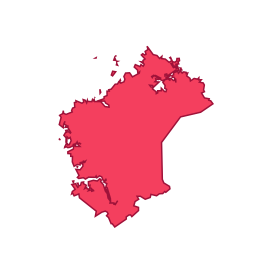 Huon Valley, Tasmania, Australia, rotated 136°
{"feature_id": "25037944B40163460524303", "entity_name": "Huon Valley", "entity_type": "district", "adm_level": 2, "iso_a3": "AUS", "parent_name": "Australia", "parent_adm1": "Tasmania", "projection": "robinson", "projection_center": [146.517, -43.294], "detail": "fine", "context": "isolated", "style": "filled", "palette": "rose", "viewbox_px": 256, "rotation_deg": 136, "n_neighbors": 0, "source": "geoboundaries", "source_scale": "gbopen_adm2", "svg_char_len": 5917}
<svg xmlns="http://www.w3.org/2000/svg" viewBox="0 0 256 256"><g transform="rotate(136 128 128)"><path d="M50.1,86.4L49.6,90.1L50.6,91.9L49.3,92.6L52.1,96.5L50.8,102.1L47.8,101.0L47.2,102.9L43.2,105.9L42.6,108.2L44.8,111.4L41.8,111.8L43.6,113.5L42.2,114.9L44.0,114.8L46.0,117.7L50.4,118.5L48.9,120.6L49.6,124.7L46.9,126.1L48.3,126.8L47.5,127.6L48.9,129.6L49.7,130.0L50.0,129.7L50.7,129.8L50.9,129.9L50.7,132.6L53.7,132.4L52.8,134.2L56.8,136.1L58.3,134.5L59.9,135.2L61.0,133.8L59.7,132.7L59.9,131.1L61.2,130.3L60.0,129.8L62.0,127.4L60.7,129.3L62.4,130.7L62.6,133.7L64.3,135.8L64.4,133.4L64.7,133.3L65.2,135.6L67.9,137.1L71.2,136.6L71.8,132.8L74.0,131.0L73.4,129.0L75.4,127.7L76.4,128.9L76.4,133.5L78.2,131.7L80.8,134.2L82.2,132.6L83.8,133.1L82.6,134.5L83.2,139.2L81.3,139.7L83.0,141.6L82.7,143.8L80.8,141.6L81.0,139.6L73.7,139.5L76.5,142.6L74.9,142.6L73.9,144.2L72.7,141.9L71.7,141.5L71.0,141.7L72.2,144.9L72.2,146.9L73.0,147.2L73.0,147.6L73.3,147.6L73.3,148.1L75.5,147.4L75.2,148.6L73.3,148.1L71.7,146.6L69.9,141.2L71.3,141.1L70.4,138.2L66.5,136.7L65.7,137.6L64.5,136.0L65.0,137.4L61.2,136.1L60.9,136.5L65.3,139.7L64.2,140.9L62.6,140.0L63.4,138.7L62.1,137.9L53.5,136.5L54.0,135.7L51.4,134.0L49.8,137.2L51.7,137.0L52.2,139.9L52.8,140.1L53.1,139.8L53.4,139.9L52.3,144.6L51.0,143.6L52.3,141.3L50.2,138.3L49.0,139.0L49.9,139.5L49.3,140.6L47.0,138.9L46.0,140.9L44.2,140.6L42.8,142.5L44.5,144.0L46.3,142.5L48.5,142.7L50.0,144.8L49.4,146.1L52.8,146.7L53.3,151.7L55.6,154.6L53.9,156.0L57.0,156.1L56.8,160.0L58.9,163.3L57.5,173.6L59.1,170.6L62.5,171.2L63.7,168.6L65.2,168.9L65.8,171.2L67.7,171.3L67.8,165.8L70.3,166.2L71.3,164.9L72.7,166.6L72.0,162.6L72.8,162.2L74.2,161.9L74.6,164.6L76.7,163.8L78.7,168.5L81.2,167.5L80.9,163.1L82.9,160.5L80.8,160.3L81.8,159.6L89.3,161.7L88.5,166.6L91.6,169.2L95.2,167.9L96.3,165.3L98.8,164.0L101.8,165.2L102.0,166.9L102.1,165.0L102.5,167.7L105.0,166.9L106.8,168.4L113.1,167.6L115.3,168.9L115.9,167.6L117.5,169.1L120.5,165.9L123.5,167.1L124.9,165.7L132.0,169.0L126.1,163.6L126.8,161.4L125.8,157.9L127.2,156.2L129.7,159.5L129.3,166.0L133.6,170.1L132.5,172.1L133.9,171.7L133.7,173.2L135.7,172.1L138.5,175.1L137.9,176.2L140.3,174.8L139.5,177.7L140.5,179.6L141.8,177.4L143.9,177.8L146.5,183.8L147.3,182.6L148.9,183.5L151.9,179.9L154.0,180.8L156.4,179.8L157.0,178.3L163.1,180.8L164.1,183.3L162.5,185.4L164.9,183.7L168.4,184.6L168.7,182.1L175.1,178.2L174.4,173.2L171.7,175.4L168.6,176.6L171.2,175.4L170.5,172.7L172.7,172.1L171.1,170.7L170.5,170.8L170.2,171.1L169.2,171.4L170.4,170.7L170.8,170.6L172.3,164.5L173.7,164.2L172.6,164.7L173.7,167.1L172.7,168.3L174.5,169.5L175.4,166.9L175.1,168.4L179.2,167.3L179.4,163.9L182.5,160.9L182.4,159.9L178.0,163.9L178.0,161.6L176.1,161.4L177.8,158.3L181.8,156.8L183.2,157.8L182.9,159.8L185.7,158.6L185.0,155.7L183.3,154.5L180.1,153.4L178.7,154.2L177.2,153.3L178.4,153.1L177.8,152.1L174.3,153.3L175.0,151.8L173.3,150.8L173.0,148.9L173.4,150.8L174.6,151.0L175.4,152.1L175.4,148.1L178.6,151.2L178.9,153.3L181.9,150.8L187.8,152.7L189.0,151.4L187.1,149.2L188.9,147.4L187.7,146.1L191.6,142.3L193.4,137.9L189.8,137.0L188.1,134.7L186.5,136.3L183.6,134.6L182.7,135.6L183.2,134.0L181.8,133.7L183.0,133.3L186.1,135.0L185.9,132.9L187.1,131.8L191.5,131.2L194.2,134.5L196.2,127.9L198.8,127.6L198.5,125.9L194.6,123.2L194.1,120.8L190.5,120.0L185.8,115.2L184.3,115.6L185.0,113.8L181.8,113.4L180.8,111.2L182.2,107.8L180.6,105.9L179.0,106.9L180.2,105.6L183.0,106.1L181.9,102.7L184.7,101.1L184.5,99.5L189.6,89.6L191.6,87.2L192.9,86.6L190.4,84.1L189.8,82.6L190.0,81.9L185.9,82.9L190.2,81.8L191.1,82.9L190.5,84.1L193.1,86.5L191.6,87.5L191.0,91.5L188.5,95.1L188.1,98.4L185.2,104.1L184.9,108.4L183.4,109.1L183.5,111.1L186.9,111.2L189.2,114.4L193.8,116.9L196.6,113.9L195.1,113.2L197.0,111.6L196.3,110.0L196.6,109.3L196.2,108.1L196.4,107.5L196.2,107.1L196.3,106.8L198.1,107.7L197.4,109.1L200.0,110.4L198.1,110.8L199.6,112.5L199.1,113.9L201.2,114.5L197.8,115.8L198.7,119.0L197.4,120.0L199.3,121.3L201.9,119.8L204.6,121.0L205.6,119.5L204.4,124.4L207.7,126.4L208.6,120.6L212.1,121.0L214.2,119.8L213.1,119.6L213.9,116.6L209.2,114.7L211.4,111.5L208.6,90.2L212.8,87.2L205.2,85.6L202.1,84.0L201.4,82.0L201.9,80.1L204.4,79.8L204.2,77.1L206.6,70.9L205.8,70.1L206.3,66.0L192.5,63.7L191.0,65.3L187.9,64.8L186.5,63.7L186.8,61.6L177.8,61.3L175.6,63.6L177.9,68.0L174.0,70.2L169.8,69.3L168.9,72.6L166.5,70.3L165.1,64.8L160.3,62.6L157.6,64.3L154.5,59.4L151.1,58.9L148.6,56.7L145.7,56.8L145.5,55.5L140.1,55.1L138.7,57.2L140.4,63.6L139.0,67.2L113.9,94.3L82.5,99.5L64.8,88.9L50.1,86.4ZM102.9,176.2L97.8,177.0L99.6,179.5L103.2,177.7L102.9,176.2ZM91.1,186.7L89.8,185.1L88.7,187.9L91.1,186.7ZM185.7,99.3L187.4,96.8L186.8,98.9L186.6,98.9L186.9,99.0L187.4,98.3L188.3,94.9L185.7,99.3ZM189.7,89.6L188.7,92.7L189.4,92.4L190.0,91.6L190.9,89.6L191.1,88.7L189.7,89.6ZM189.5,92.7L188.2,93.4L187.7,94.7L189.5,92.7ZM122.8,172.6L121.3,175.4L123.9,172.4L122.8,172.6ZM91.9,180.4L91.3,182.2L92.5,181.5L91.9,180.4ZM203.3,121.4L202.3,123.0L202.8,123.4L203.3,121.4ZM203.8,127.6L204.7,128.2L205.2,126.8L205.0,126.7L203.8,127.6ZM48.3,149.3L49.1,149.5L49.2,147.5L48.9,147.7L48.3,149.3ZM190.5,135.2L191.6,135.5L191.7,135.0L190.5,135.2ZM186.1,100.2L186.0,101.6L186.9,99.1L186.6,98.9L186.7,98.5L186.1,100.2ZM100.5,167.2L100.1,168.0L101.5,167.6L100.5,167.2ZM49.1,133.5L48.3,134.3L48.8,134.9L49.1,133.5ZM185.3,167.4L184.8,166.4L185.0,167.6L185.3,167.4ZM89.2,183.2L89.8,183.9L90.1,183.5L89.2,183.2ZM102.1,200.7L102.8,200.9L102.4,200.5L102.1,200.7ZM182.0,159.2L182.6,158.6L182.4,158.7L182.0,159.2ZM48.8,132.9L49.3,133.1L48.9,132.6L48.8,132.9ZM130.2,173.3L130.5,173.2L130.9,173.0L130.2,173.3ZM186.8,157.9L186.8,158.2L187.1,158.0L186.8,157.9ZM182.9,133.6L182.8,133.8L183.3,133.8L182.9,133.6ZM50.8,137.9L51.0,138.0L51.1,137.6L50.8,137.9ZM86.6,188.2L86.1,188.5L86.8,188.3L86.6,188.2ZM54.6,135.3L54.4,135.5L54.9,135.4L54.6,135.3ZM186.2,101.5L186.2,101.8L186.3,101.5L186.2,101.5Z" fill="#f43f5e" stroke="#9f1239" stroke-width="1.5"/></g></svg>